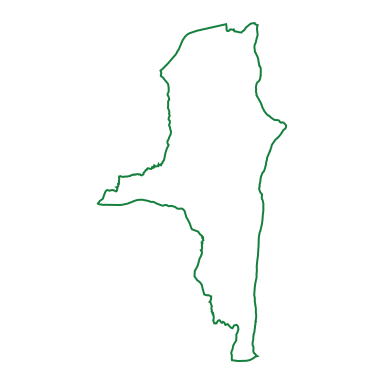 Xayabury, Xaignabouri, Laos
{"feature_id": "54806243B33263536107657", "entity_name": "Xayabury", "entity_type": "district", "adm_level": 2, "iso_a3": "LAO", "parent_name": "Laos", "parent_adm1": "Xaignabouri", "projection": "equal_earth", "projection_center": [101.662, 19.251], "detail": "fine", "context": "isolated", "style": "outline", "palette": "green", "viewbox_px": 384, "rotation_deg": 0, "n_neighbors": 0, "source": "geoboundaries", "source_scale": "gbopen_adm2", "svg_char_len": 6020}
<svg xmlns="http://www.w3.org/2000/svg" viewBox="0 0 384 384"><path d="M226.1,24.2L197.1,30.7L189.6,33.2L187.3,34.5L185.0,36.7L182.5,40.5L178.8,49.3L177.1,51.9L176.7,53.0L175.4,54.9L172.5,58.1L168.3,63.1L162.4,69.1L160.5,70.6L161.2,72.4L161.2,73.3L160.8,75.3L160.9,76.0L163.5,78.0L163.8,78.7L167.9,83.7L168.2,84.7L168.7,87.9L168.7,91.4L167.5,94.5L167.8,95.6L168.3,96.0L168.8,97.4L169.2,99.7L169.0,100.1L168.4,100.7L168.1,102.3L168.2,105.3L167.9,107.7L169.3,111.3L169.3,112.7L169.0,113.9L169.5,114.8L169.6,115.4L169.6,116.3L169.0,117.0L168.8,117.7L168.6,119.1L168.7,119.8L169.7,120.6L169.9,121.7L169.7,123.6L169.1,124.6L169.1,125.0L169.4,126.4L170.0,127.2L170.3,129.6L171.0,131.4L170.7,134.2L169.0,137.8L168.5,139.5L167.7,140.6L167.4,141.7L167.4,142.8L168.1,144.4L168.6,144.9L168.6,145.2L167.0,148.3L166.1,150.7L165.4,153.2L164.3,158.8L163.8,160.5L162.8,161.7L162.3,163.2L161.4,163.7L161.2,165.1L161.0,165.3L160.0,164.8L159.1,165.3L158.5,164.2L158.4,164.5L158.2,166.2L157.1,166.2L156.6,166.3L155.5,166.2L155.0,166.7L154.7,166.5L154.3,165.3L154.1,165.3L154.1,166.6L153.5,167.8L153.2,167.8L152.7,167.0L152.0,167.2L152.0,167.3L152.1,168.1L151.4,168.9L151.1,169.0L148.2,168.3L147.5,168.4L147.1,168.8L147.0,169.6L146.8,169.8L146.1,169.9L145.6,170.2L145.3,171.1L143.7,172.7L143.5,173.2L143.6,173.9L143.4,174.3L141.7,175.4L140.4,174.9L139.9,174.3L138.8,174.5L138.3,174.2L137.1,174.1L135.5,174.7L135.2,174.5L134.1,174.4L133.6,174.9L132.7,174.7L132.1,175.0L131.1,175.2L130.3,176.0L128.5,176.2L127.0,176.6L125.3,176.5L123.0,176.9L120.9,176.5L120.6,176.2L120.0,176.4L119.2,176.4L119.0,177.3L119.2,178.8L119.2,179.7L118.9,180.5L119.0,182.9L118.3,183.5L118.8,184.1L118.6,184.4L118.1,184.5L118.3,185.3L118.1,186.4L117.8,186.8L116.5,187.2L117.3,187.8L117.4,188.4L116.8,190.8L116.4,191.3L115.9,191.3L114.2,190.5L112.1,190.0L109.6,190.7L107.4,190.1L106.6,190.3L106.1,190.8L105.1,192.4L104.5,193.9L102.9,198.6L102.2,199.3L100.0,200.8L97.9,203.5L98.5,204.0L99.7,204.3L103.5,204.9L105.7,204.8L120.1,205.0L122.5,204.7L127.6,203.6L132.5,201.7L134.6,200.8L137.4,200.0L140.9,199.7L142.7,199.8L148.2,200.9L149.5,201.3L150.6,201.9L153.5,201.9L156.2,203.3L161.2,205.3L162.8,205.7L165.8,204.9L167.2,205.3L168.1,206.0L169.0,206.2L171.6,205.9L175.0,206.9L177.2,208.5L179.0,208.8L180.4,208.6L182.4,208.7L184.5,210.8L186.4,217.3L187.9,219.8L189.9,223.8L191.3,228.1L192.0,229.3L198.3,231.7L199.0,233.0L200.2,234.5L202.0,235.9L202.1,236.5L202.4,236.9L202.1,237.4L202.2,237.7L203.1,237.4L203.2,237.7L203.0,239.0L203.3,240.2L202.8,240.5L202.5,241.3L202.2,241.6L202.4,242.8L201.7,242.8L202.1,244.6L201.9,244.8L201.8,245.2L201.9,245.4L201.8,245.7L202.1,246.5L202.0,247.4L202.2,248.1L202.0,248.9L201.7,249.5L200.9,250.0L201.4,250.6L201.4,251.1L201.9,251.2L201.9,253.8L201.2,255.0L201.3,255.4L199.5,258.8L197.9,265.1L196.3,268.4L194.8,270.8L194.5,276.3L197.1,280.1L200.0,282.3L201.8,284.9L202.7,288.9L204.3,294.5L206.9,295.3L208.6,295.2L211.2,296.5L211.0,299.7L210.4,300.9L209.6,301.6L209.6,302.0L210.2,302.0L210.9,303.3L211.1,304.4L211.9,306.4L211.6,306.7L211.4,308.7L211.5,309.4L211.9,310.1L211.6,311.5L211.7,311.8L212.0,312.1L212.9,312.6L212.9,313.0L212.6,313.7L213.2,313.8L213.4,314.2L213.2,314.4L213.2,314.9L213.3,315.4L213.7,316.1L213.6,316.6L213.8,318.1L213.2,320.4L213.5,320.8L213.8,322.3L214.3,323.3L215.1,323.0L215.6,323.5L216.5,323.4L217.1,322.0L218.1,320.6L219.4,320.5L219.5,320.3L220.2,320.7L220.8,322.0L221.5,322.7L222.1,322.8L223.0,321.8L223.8,322.2L224.7,323.2L224.9,324.3L225.5,324.9L227.7,324.1L229.6,326.3L231.0,327.7L232.5,328.2L234.1,325.4L236.6,324.9L238.0,326.4L238.4,329.4L237.3,332.7L236.3,334.7L236.4,336.2L236.2,340.6L234.4,343.3L233.3,345.4L232.5,349.3L231.5,351.7L231.2,353.4L231.8,354.9L231.8,359.1L232.0,360.2L237.8,361.0L246.0,360.8L248.9,360.3L250.2,359.9L252.7,358.6L255.6,356.6L257.3,356.1L256.1,355.3L255.2,353.9L254.3,353.4L253.4,351.8L253.3,351.1L253.5,348.8L253.4,346.7L252.6,345.1L252.6,342.4L253.1,340.4L253.3,339.3L253.3,336.9L253.6,335.1L253.5,334.7L254.4,332.2L254.6,329.5L254.8,328.8L255.0,327.4L254.9,325.8L255.2,325.3L255.4,324.3L255.4,323.6L255.6,322.2L255.4,321.7L255.5,321.2L255.8,321.2L255.7,320.9L256.2,317.0L256.2,314.8L255.8,312.2L255.9,309.1L255.5,305.7L255.3,305.1L255.0,302.4L254.8,301.9L254.8,298.0L254.2,295.1L254.8,287.2L255.4,282.8L256.6,277.2L256.5,274.5L256.9,270.2L256.7,267.1L256.8,265.2L257.2,261.2L258.0,255.2L258.1,252.5L258.6,245.2L258.8,237.5L259.6,232.7L259.8,232.0L260.2,231.5L261.9,224.2L262.5,219.8L262.9,214.0L263.3,211.4L263.4,207.9L263.3,207.1L263.4,203.8L262.7,200.5L261.8,198.3L261.7,197.4L262.0,195.3L262.0,194.4L260.5,192.6L259.7,190.8L259.3,189.4L259.1,187.7L259.8,186.5L259.5,185.1L259.6,184.5L260.4,181.3L260.5,178.9L261.2,176.1L262.5,172.9L262.6,172.5L263.6,171.8L264.3,170.4L265.2,167.5L265.6,165.6L266.1,164.3L266.1,162.7L266.3,161.7L267.0,159.8L267.0,158.1L268.9,153.4L269.4,152.7L269.7,151.2L270.0,151.0L270.4,150.2L270.4,149.5L271.2,147.7L271.7,145.3L272.4,144.1L275.2,140.0L276.2,139.0L277.5,138.0L277.8,137.5L278.1,137.4L279.6,135.7L281.0,133.9L283.4,130.0L285.2,128.7L285.6,128.1L286.0,127.1L286.1,125.9L285.7,124.8L283.5,122.6L282.1,122.3L281.2,122.7L280.8,122.6L280.0,122.0L279.2,120.8L278.3,120.2L274.4,119.9L271.1,117.7L269.2,115.8L268.7,115.8L267.1,114.6L264.4,111.3L263.3,109.0L262.6,108.0L262.1,106.3L260.7,102.7L257.6,97.1L256.5,95.4L256.5,93.6L255.9,91.6L256.2,89.3L255.9,87.9L256.2,85.4L256.6,83.8L257.4,82.3L258.7,81.3L259.5,80.3L260.2,78.4L260.5,75.8L260.8,75.6L260.8,75.2L260.7,74.6L260.8,69.0L260.5,67.9L260.5,67.2L260.1,66.6L259.5,66.2L259.1,65.2L259.1,64.9L259.3,64.7L258.7,62.5L258.3,59.5L257.8,57.5L255.5,52.6L255.0,52.1L254.4,47.1L254.4,46.4L254.7,45.0L255.8,42.3L256.8,37.8L257.4,36.2L257.6,34.1L257.1,30.0L257.0,28.6L257.2,26.5L257.7,25.2L255.3,24.3L254.6,23.0L253.4,23.3L251.8,23.4L250.9,23.6L249.6,24.5L246.0,27.5L244.1,30.4L243.6,30.5L241.3,32.5L239.4,32.3L235.3,31.3L234.4,31.3L233.7,29.4L232.7,29.9L231.1,29.4L230.0,29.5L229.4,30.4L228.5,31.0L227.2,30.9L226.5,29.4L226.6,27.1L226.1,24.2Z" fill="none" stroke="#15803d" stroke-width="2"/></svg>